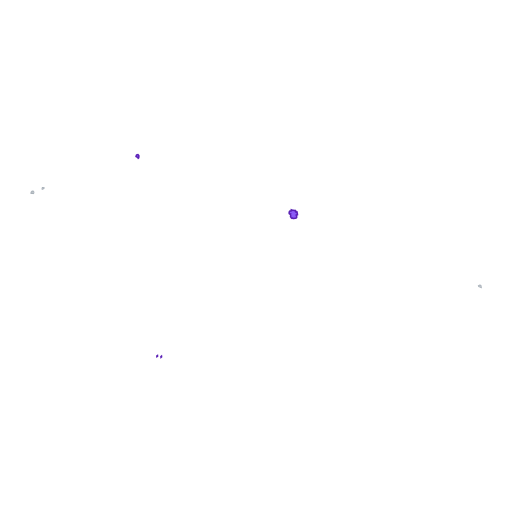 Federated States of Micronesia, with Pohnpei highlighted
{"feature_id": "FSM-4941", "entity_name": "Pohnpei", "entity_type": "state/province", "adm_level": 1, "iso_a3": "FSM", "parent_name": "Federated States of Micronesia", "parent_adm1": "", "projection": "natural_earth1", "projection_center": [156.635, 4.552], "detail": "fine", "context": "in_parent", "style": "filled", "palette": "violet", "viewbox_px": 512, "rotation_deg": 0, "n_neighbors": 0, "source": "natural_earth", "source_scale": "10m", "svg_char_len": 1522}
<svg xmlns="http://www.w3.org/2000/svg" viewBox="0 0 512 512"><path d="M296.6,217.4L294.3,218.4L291.4,217.9L290.5,214.2L289.2,213.2L289.5,211.4L291.5,209.9L295.8,211.1L297.4,213.7L296.4,215.5L296.6,217.4ZM33.8,193.0L33.5,193.6L31.1,193.4L30.7,193.0L30.9,192.8L32.1,192.5L32.2,191.7L31.6,191.5L32.1,191.1L33.1,191.0L33.6,191.5L33.9,192.2L33.8,193.0ZM480.9,285.4L481.3,287.6L478.8,286.6L478.4,285.8L479.9,285.0L480.9,285.4ZM43.0,189.1L42.3,189.3L42.0,189.1L42.2,187.9L42.4,187.5L43.0,187.5L44.2,187.8L44.2,188.1L43.0,189.1Z" fill="#d9dde1" stroke="#a8b0b8" stroke-width="1"/><path d="M295.6,211.7L295.9,212.1L296.2,212.3L296.6,212.2L297.0,212.0L297.5,214.4L297.5,214.8L297.2,214.9L296.4,214.9L296.2,215.0L296.3,215.5L296.6,216.3L296.7,216.9L296.6,217.6L296.2,218.0L295.7,218.2L293.8,218.5L293.1,218.5L292.7,218.0L291.8,218.3L291.3,217.9L290.9,217.2L290.5,216.7L290.7,216.1L290.7,215.5L290.6,215.0L290.2,214.5L290.3,214.3L290.5,213.9L289.4,213.8L289.1,213.1L289.4,211.5L289.8,211.1L290.5,211.1L291.2,210.9L291.3,209.8L292.1,210.2L292.4,210.4L292.8,210.2L293.1,210.2L293.3,210.3L293.7,210.4L294.7,210.4L295.1,210.4L295.1,210.5L295.8,211.0L296.1,211.5L295.6,211.7ZM138.4,155.1L138.8,155.5L138.9,156.8L138.7,157.7L138.6,158.0L138.2,158.3L137.6,157.3L136.6,156.9L136.0,156.5L136.2,155.9L136.4,155.2L136.8,154.9L137.1,154.7L138.0,154.6L138.4,155.1ZM157.5,355.5L157.6,356.2L156.9,356.7L156.8,356.0L157.5,355.5ZM161.0,357.4L160.9,356.6L161.5,356.1L161.6,356.9L161.0,357.4Z" fill="#8b5cf6" stroke="#5b21b6" stroke-width="1.5"/></svg>